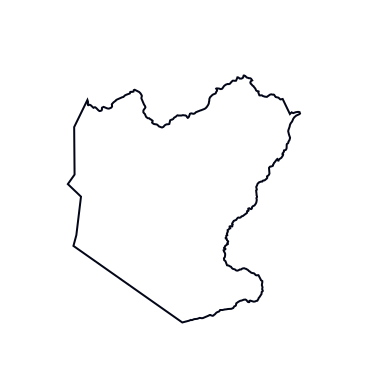 outline of Los Chiles, Alajuela, Costa Rica, rotated 247°
{"feature_id": "36466004B82753262426654", "entity_name": "Los Chiles", "entity_type": "district", "adm_level": 2, "iso_a3": "CRI", "parent_name": "Costa Rica", "parent_adm1": "Alajuela", "projection": "albers", "projection_center": [-84.675, 10.857], "detail": "fine", "context": "isolated", "style": "outline", "palette": "ink", "viewbox_px": 384, "rotation_deg": 247, "n_neighbors": 0, "source": "geoboundaries", "source_scale": "gbopen_adm2", "svg_char_len": 6032}
<svg xmlns="http://www.w3.org/2000/svg" viewBox="0 0 384 384"><g transform="rotate(247 192 192)"><path d="M317.6,131.7L297.8,108.9L253.9,90.7L247.8,80.8L231.1,88.0L197.5,68.7L188.7,61.8L75.7,132.1L74.7,138.9L74.7,141.0L74.4,141.3L74.1,142.0L74.1,144.3L73.2,147.3L73.1,149.9L72.0,151.7L71.7,152.7L71.7,159.3L71.8,159.5L71.8,160.4L71.5,161.0L71.2,161.1L70.2,162.3L69.9,162.8L70.0,163.7L70.3,164.3L70.4,165.1L71.4,167.3L71.5,168.2L71.5,170.5L72.4,171.8L71.5,173.8L71.0,176.6L70.7,177.4L70.2,179.5L69.1,182.6L69.1,184.6L70.2,186.2L70.2,187.5L70.4,188.0L71.0,188.5L72.2,189.2L72.8,191.8L73.0,193.9L72.7,195.1L72.6,197.7L72.1,199.2L71.3,199.8L69.0,200.5L68.6,200.9L68.3,201.7L69.3,202.3L69.3,203.1L67.3,205.5L66.9,206.1L66.6,207.2L66.6,209.3L66.4,209.7L67.6,211.3L68.4,212.0L68.9,213.1L70.4,215.3L70.7,215.9L72.8,217.2L73.0,218.2L73.5,218.6L75.1,218.6L76.8,219.7L79.0,219.9L81.7,221.6L82.6,221.9L83.7,221.1L84.1,221.1L89.4,220.7L89.6,220.5L89.6,220.2L90.1,218.8L90.5,218.3L91.3,217.9L91.8,217.8L93.0,217.2L93.8,215.9L94.7,214.9L96.3,214.1L96.9,213.6L98.6,212.9L99.0,212.6L99.5,212.1L100.1,211.8L100.3,211.4L101.4,210.3L101.8,209.0L101.8,207.7L101.6,207.3L101.5,206.8L102.0,205.6L101.8,204.7L101.8,203.3L102.2,202.5L102.8,201.8L103.9,201.3L105.5,199.4L106.7,198.9L107.9,198.7L108.6,198.1L108.9,197.7L110.0,197.0L110.4,196.3L110.9,195.6L115.2,195.8L116.7,195.0L118.5,195.5L119.1,196.6L119.6,197.0L121.0,197.9L122.3,198.4L123.9,198.4L124.5,198.2L126.0,198.3L126.1,199.7L126.5,200.5L127.1,200.3L127.6,199.6L127.9,199.6L128.2,199.8L128.5,200.7L129.4,201.5L129.9,203.6L130.0,204.6L130.2,204.8L130.5,204.8L131.1,204.5L131.5,205.2L132.2,205.9L132.8,205.9L133.8,205.4L135.3,205.6L136.0,204.9L136.7,205.1L137.1,206.0L138.3,206.4L138.5,206.6L138.5,207.6L140.1,207.9L140.5,208.5L141.1,208.8L141.4,209.5L143.0,209.9L143.2,211.2L143.7,212.0L143.6,212.9L145.2,212.9L145.6,213.2L145.5,214.1L144.6,215.2L144.7,215.7L145.2,216.0L146.3,216.5L146.4,217.6L146.6,216.7L146.8,216.4L147.1,216.5L148.1,217.6L148.7,218.7L149.1,219.1L149.1,221.9L149.9,223.0L150.4,224.3L150.4,224.6L149.7,225.8L149.6,226.8L150.2,228.1L150.0,229.3L151.2,234.1L151.4,234.6L152.8,235.2L152.8,235.9L152.6,236.3L152.8,236.8L154.4,237.1L154.7,237.3L154.7,238.3L153.8,239.0L153.2,239.7L153.2,240.2L153.4,240.6L154.4,241.2L154.8,241.7L155.1,242.3L155.2,244.2L155.9,245.5L157.1,247.0L159.0,248.3L159.9,248.7L161.2,248.9L162.0,249.9L162.6,250.1L164.0,250.2L164.5,250.5L168.3,251.6L168.7,252.1L168.7,252.4L169.1,252.7L170.9,252.9L171.8,253.3L172.6,254.4L173.8,255.4L174.4,256.6L174.4,257.0L174.7,257.4L174.7,257.9L174.6,259.8L174.2,260.5L174.2,260.9L174.7,261.5L174.7,262.2L174.4,263.1L174.4,263.6L175.2,266.2L175.6,266.8L177.0,267.1L177.2,267.4L177.3,268.5L177.6,269.2L178.2,270.0L178.7,270.5L184.1,272.3L184.4,272.8L184.8,273.6L184.8,274.1L184.5,275.1L184.5,276.6L184.8,277.0L185.5,277.3L186.1,278.3L186.7,278.8L186.9,279.4L188.9,282.9L189.0,283.4L187.2,283.6L187.1,283.9L187.8,284.6L188.2,285.4L188.3,286.5L188.6,287.7L189.8,289.5L190.7,290.5L190.9,290.5L191.1,290.1L191.4,290.0L192.2,290.5L192.6,291.6L193.4,292.3L193.4,292.5L194.3,292.9L194.1,294.7L194.7,295.6L195.4,296.2L198.8,297.8L199.2,298.3L199.3,299.2L199.7,299.9L200.7,300.5L201.6,301.9L203.2,303.2L203.7,303.5L206.9,303.7L210.4,304.3L211.5,305.1L214.0,307.4L215.4,308.3L216.6,309.6L217.8,311.7L219.9,313.9L220.8,315.3L221.6,317.8L221.7,321.2L222.0,322.1L223.5,322.2L224.3,321.0L224.9,318.7L225.1,315.9L226.4,314.8L225.5,312.6L242.2,311.8L242.6,309.8L242.9,309.4L244.5,308.7L245.1,308.4L246.7,306.2L247.6,305.9L249.3,305.6L249.7,305.3L250.1,304.3L250.9,303.2L251.1,302.2L251.1,301.7L250.3,298.1L251.3,296.3L252.9,294.5L253.6,294.2L254.0,293.4L254.3,292.3L254.7,291.8L257.6,291.9L258.5,292.6L259.0,292.1L259.3,291.5L260.1,290.9L260.5,290.7L262.3,290.7L263.9,290.3L264.7,290.0L265.2,290.0L266.5,289.2L267.5,289.0L268.8,288.4L269.8,288.4L270.6,289.2L270.8,289.2L271.2,290.0L271.2,291.0L273.0,290.7L273.7,290.3L274.1,289.8L274.6,288.7L275.2,288.2L275.8,287.3L277.0,286.7L277.9,286.4L278.8,285.6L279.0,285.3L279.0,285.0L277.8,284.2L277.6,283.6L277.3,283.5L277.1,282.8L277.1,281.8L277.7,280.3L278.0,280.0L278.7,279.8L279.3,279.4L279.8,278.6L278.8,277.7L278.2,277.0L277.8,276.7L277.5,276.1L277.3,276.0L277.5,275.1L278.0,274.2L278.5,273.2L278.5,272.7L278.1,271.9L277.9,271.2L276.9,269.4L276.9,268.1L277.5,267.0L277.6,264.9L277.0,262.8L275.3,260.2L275.4,259.0L275.7,258.3L276.6,257.4L277.7,255.3L277.8,254.8L277.7,254.6L276.8,254.9L275.8,254.8L275.1,254.2L274.7,253.4L273.8,252.6L273.5,252.2L273.5,249.4L273.3,248.5L272.1,245.6L270.8,244.3L269.1,243.5L268.4,242.9L267.0,242.1L266.0,241.1L264.4,238.7L264.2,238.0L263.9,237.6L263.6,236.1L263.7,232.1L263.8,231.9L263.9,226.8L263.3,225.2L263.3,224.5L263.5,223.7L264.7,222.0L264.8,220.7L262.6,218.7L262.0,217.8L261.9,217.1L262.5,216.8L264.3,216.5L265.1,215.8L265.4,215.1L266.3,213.7L266.5,212.2L267.6,209.5L268.2,208.8L268.2,208.1L267.6,206.4L267.4,204.6L266.5,203.1L266.4,202.0L266.6,201.6L266.5,199.9L263.5,197.7L263.6,196.7L264.2,195.1L264.2,193.8L263.9,192.7L263.1,191.1L263.1,189.7L263.4,189.2L265.3,187.2L266.7,186.7L267.9,186.0L269.4,183.6L270.3,182.9L270.9,182.7L271.3,182.4L271.6,182.4L272.7,183.5L273.0,183.6L275.1,182.3L275.3,182.0L276.6,181.4L277.0,180.4L277.6,179.9L279.2,179.1L282.2,179.1L283.7,178.5L284.5,178.4L286.0,179.1L286.6,179.8L287.6,181.6L288.3,182.3L289.8,182.3L291.3,182.0L297.6,182.0L298.3,182.1L300.0,183.4L301.3,183.4L303.0,183.1L304.6,182.5L308.5,179.2L308.5,178.2L307.3,177.4L307.5,176.2L307.7,175.5L308.1,175.1L308.1,174.1L307.3,173.6L307.0,173.2L307.2,169.5L307.1,168.0L306.3,166.0L306.5,164.8L306.4,159.0L306.3,158.3L306.2,157.9L305.9,157.6L305.2,154.8L304.2,152.6L304.0,152.4L303.5,152.4L301.9,151.8L301.2,150.7L301.2,148.4L301.4,147.7L302.1,146.6L304.9,143.9L304.8,142.2L304.5,141.9L302.9,141.2L302.4,140.6L302.4,139.6L302.6,138.6L302.9,138.3L303.7,137.8L306.6,136.7L307.7,136.1L308.0,135.7L308.0,134.2L311.4,132.7L312.1,132.1L312.4,131.7L312.4,130.4L312.5,130.3L313.5,130.4L315.6,131.5L317.6,131.7Z" fill="none" stroke="#020617" stroke-width="2"/></g></svg>